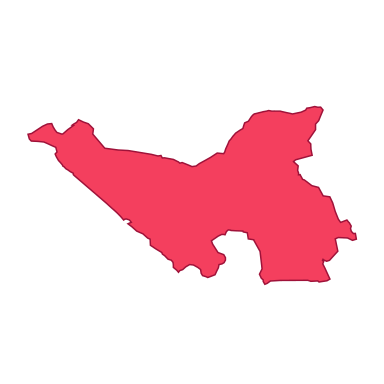 Mayo-Belwa, Adamawa, Nigeria, rotated 92°
{"feature_id": "59680162B66628176907248", "entity_name": "Mayo-Belwa", "entity_type": "district", "adm_level": 2, "iso_a3": "NGA", "parent_name": "Nigeria", "parent_adm1": "Adamawa", "projection": "equal_earth", "projection_center": [11.944, 8.94], "detail": "fine", "context": "isolated", "style": "filled", "palette": "rose", "viewbox_px": 384, "rotation_deg": 92, "n_neighbors": 0, "source": "geoboundaries", "source_scale": "gbopen_adm2", "svg_char_len": 3295}
<svg xmlns="http://www.w3.org/2000/svg" viewBox="0 0 384 384"><g transform="rotate(92 192 192)"><path d="M128.5,334.6L129.1,338.9L131.5,343.6L139.1,354.3L140.0,357.9L144.7,356.4L146.7,354.4L146.8,347.8L147.2,341.8L148.8,337.7L150.8,333.0L152.1,329.7L156.7,328.3L158.8,330.1L161.5,328.8L165.2,326.5L167.1,324.6L169.4,322.5L170.6,322.0L171.2,320.8L173.2,318.8L174.2,316.9L176.0,314.2L177.4,311.3L178.8,311.2L179.8,310.1L187.8,300.1L206.8,276.4L207.1,276.1L210.5,272.1L213.6,268.3L215.5,266.1L218.9,262.5L222.4,259.3L221.6,258.3L221.2,256.8L222.1,253.6L224.4,251.6L225.1,253.1L226.0,254.9L228.8,250.9L233.0,245.9L235.5,239.6L239.6,234.7L240.6,232.2L246.7,231.7L250.1,226.2L253.5,220.1L255.1,219.4L256.6,217.1L260.0,213.6L260.9,210.3L263.0,208.5L265.5,208.1L268.0,208.0L270.7,204.5L272.7,202.7L271.0,201.5L269.9,198.6L267.0,195.6L264.6,191.8L264.9,188.0L267.2,183.5L269.2,180.7L272.9,180.0L275.2,178.5L276.2,174.8L276.9,173.3L275.9,170.8L273.9,166.1L269.6,164.3L266.8,163.0L263.6,162.5L262.8,159.5L261.5,157.5L258.9,156.2L256.4,156.3L253.5,158.1L251.6,163.9L243.5,169.5L240.1,170.9L235.1,164.2L233.4,160.9L233.3,159.1L233.6,157.5L231.3,156.6L231.1,156.6L230.0,155.9L228.6,154.4L228.8,152.2L229.1,151.8L229.1,150.9L229.2,147.3L229.2,143.1L229.3,140.5L229.3,139.7L230.1,139.4L230.8,135.3L236.9,134.1L237.6,128.6L238.1,128.5L249.0,121.9L262.8,119.8L266.4,119.3L271.8,121.7L275.8,119.7L277.3,117.8L278.9,117.7L281.7,116.0L280.7,113.7L278.2,110.5L277.4,101.9L277.3,100.9L276.2,73.2L277.1,70.1L276.5,63.2L277.5,61.9L276.0,54.0L274.2,51.1L272.3,52.1L263.5,56.5L259.3,58.8L257.0,58.0L255.8,59.2L254.7,58.7L255.4,57.8L256.5,55.0L255.5,52.2L250.4,47.9L246.1,44.2L233.8,47.2L232.4,44.3L232.5,35.0L234.7,29.9L233.4,26.1L231.9,26.4L227.7,27.3L227.9,29.2L225.8,31.4L223.0,32.3L220.5,31.7L218.6,32.9L217.4,33.6L216.7,34.4L214.6,36.2L217.2,42.4L214.1,44.8L206.4,48.2L205.8,48.4L198.0,51.0L192.0,54.1L191.3,60.8L183.0,65.7L181.5,72.4L176.0,80.2L175.5,82.0L174.8,82.3L174.1,82.7L173.4,83.1L172.3,83.8L171.5,84.2L171.3,84.6L170.9,84.6L171.1,86.2L169.4,86.1L166.8,87.2L162.2,86.8L158.1,91.6L156.2,89.6L151.1,73.2L145.2,74.6L141.7,74.9L139.8,75.0L136.8,78.0L133.4,75.8L129.5,73.3L125.4,70.7L119.8,70.9L116.3,67.9L112.1,66.4L105.5,63.9L102.7,66.4L102.9,69.3L102.3,72.3L103.7,77.3L104.2,80.2L106.2,81.3L108.4,85.7L109.1,88.6L110.5,94.3L110.0,96.6L109.5,99.7L109.1,101.8L108.6,104.4L108.1,106.7L108.2,109.7L108.3,112.8L108.4,115.1L107.9,118.2L108.6,120.4L109.2,123.4L109.9,125.7L110.5,127.9L111.2,130.2L111.8,132.5L113.0,133.9L114.7,135.3L117.0,136.7L119.3,138.1L121.1,141.8L121.5,141.9L123.4,142.5L125.7,143.1L126.8,143.4L128.7,146.4L131.7,150.5L133.5,151.9L134.8,153.0L137.8,155.0L139.7,156.6L140.0,156.7L140.7,157.0L142.4,157.6L147.7,159.8L148.7,160.1L150.7,160.6L152.6,161.7L152.2,168.2L156.8,174.7L160.2,180.3L163.4,185.7L165.9,188.8L166.6,192.9L165.2,196.5L162.9,202.9L163.6,205.2L162.4,206.6L162.0,207.6L160.6,210.6L160.1,211.7L158.8,220.6L159.0,222.9L156.6,224.3L157.2,227.3L155.8,233.9L154.4,244.8L152.8,257.2L152.6,267.3L151.3,280.7L137.6,293.2L132.3,292.7L127.4,298.0L125.9,302.9L123.7,307.9L126.5,309.8L128.3,312.7L129.4,314.1L129.7,312.8L131.2,314.7L133.9,318.2L138.4,323.0L138.5,323.4L138.7,324.0L137.2,329.1L134.8,331.1L131.7,333.1L128.5,334.6Z" fill="#f43f5e" stroke="#9f1239" stroke-width="1.5"/></g></svg>